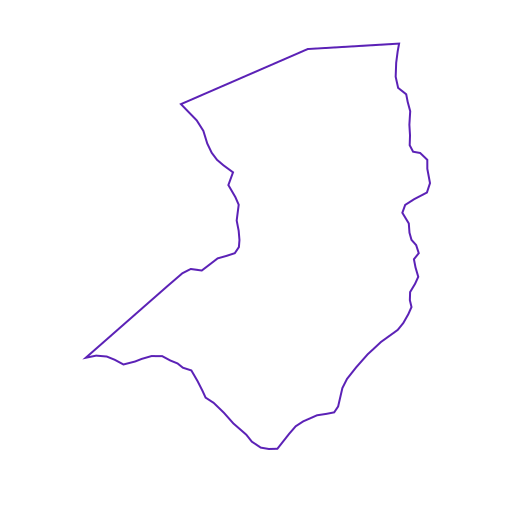 the district of Varjota, Ceará, Brazil, rotated 349°
{"feature_id": "56859067B91642005756852", "entity_name": "Varjota", "entity_type": "district", "adm_level": 2, "iso_a3": "BRA", "parent_name": "Brazil", "parent_adm1": "Ceará", "projection": "albers", "projection_center": [-40.497, -4.171], "detail": "fine", "context": "isolated", "style": "outline", "palette": "violet", "viewbox_px": 512, "rotation_deg": 349, "n_neighbors": 0, "source": "geoboundaries", "source_scale": "gbopen_adm2", "svg_char_len": 1356}
<svg xmlns="http://www.w3.org/2000/svg" viewBox="0 0 512 512"><g transform="rotate(349 256 256)"><path d="M346.3,62.7L211.3,92.6L216.9,101.2L223.7,111.6L228.2,123.1L229.6,136.2L232.2,146.2L236.1,154.2L241.3,160.7L249.4,169.5L242.4,181.1L247.0,194.3L248.8,202.4L246.3,209.9L243.8,217.5L243.8,228.0L242.8,237.2L240.9,244.0L235.7,249.2L226.6,250.3L217.9,251.0L209.9,255.0L200.0,259.9L189.4,256.3L180.4,258.9L162.9,268.9L143.0,280.5L69.5,323.4L80.1,323.3L90.3,326.2L97.5,330.9L105.2,337.2L117.2,336.5L124.2,335.2L134.3,334.3L144.8,336.4L151.9,342.2L158.5,346.5L162.9,351.7L170.7,356.0L174.8,367.8L177.7,378.0L179.5,385.4L186.5,392.2L194.6,403.8L201.8,416.0L212.4,429.6L216.5,437.5L224.1,445.0L231.8,447.9L240.2,449.3L254.7,436.8L262.5,430.7L270.9,427.3L285.5,424.0L295.1,424.4L302.9,424.4L307.9,419.4L315.6,402.1L321.9,394.0L333.2,384.3L347.0,373.7L356.6,367.8L362.3,364.2L381.0,355.6L387.8,349.9L394.4,342.2L398.9,335.8L398.6,328.7L400.4,320.8L406.8,313.7L411.3,307.4L410.4,297.6L410.4,289.3L416.3,284.3L415.3,275.9L411.7,269.8L411.1,262.4L412.2,253.2L407.9,241.5L412.2,234.3L422.1,230.4L435.9,226.3L440.7,217.7L440.8,203.1L442.5,194.3L436.8,186.2L430.1,183.6L428.0,176.6L430.2,167.0L431.6,156.4L435.0,143.3L434.3,133.6L434.3,125.9L427.6,118.1L427.3,106.7L430.5,93.0L434.1,82.2L437.0,74.8L346.3,62.7Z" fill="none" stroke="#5b21b6" stroke-width="2"/></g></svg>